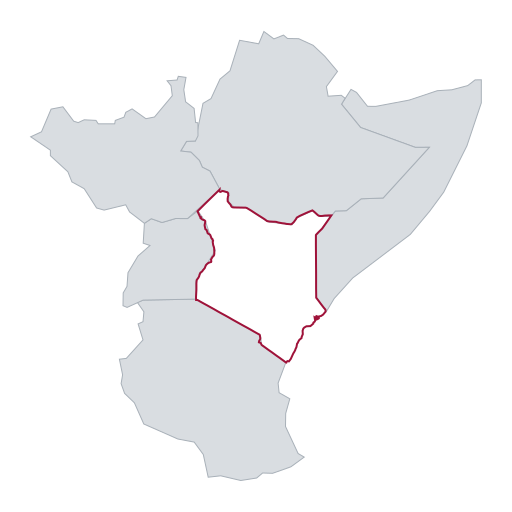 Kenya highlighted, orthographic projection
{"feature_id": "KEN", "entity_name": "Kenya", "entity_type": "country or territory", "adm_level": 0, "iso_a3": "KEN", "parent_name": "Africa", "parent_adm1": "", "projection": "orthographic", "projection_center": [37.674, 0.4], "detail": "fine", "context": "with_neighbors", "style": "outline", "palette": "rose", "viewbox_px": 512, "rotation_deg": 0, "n_neighbors": 5, "source": "natural_earth", "source_scale": "50m", "svg_char_len": 5252}
<svg xmlns="http://www.w3.org/2000/svg" viewBox="0 0 512 512"><path d="M196.1,299.1L260.5,335.5L261.6,345.4L285.9,362.3L278.1,383.1L279.1,392.7L289.8,398.8L285.7,413.4L285.5,426.5L298.1,453.5L304.2,457.1L290.9,466.8L272.6,473.3L262.6,473.0L256.7,478.0L240.8,480.5L220.7,475.8L208.2,477.2L203.3,454.5L194.2,442.1L177.8,439.0L143.8,424.0L134.4,402.8L124.6,393.4L121.1,383.6L122.6,374.8L119.4,359.2L126.3,358.4L143.0,339.9L138.1,323.9L143.0,321.7L143.9,311.8L137.2,302.2L143.1,300.1L196.1,299.1Z" fill="#d9dde1" stroke="#a8b0b8" stroke-width="1"/><path d="M316.4,297.5L316.1,235.6L335.4,211.0L346.3,210.7L361.2,198.8L383.1,198.0L429.3,147.3L415.4,147.4L360.6,127.5L341.5,104.2L351.0,89.4L356.5,92.4L367.5,106.3L375.7,106.4L409.1,100.1L437.3,90.7L451.8,89.8L467.7,85.6L475.1,79.9L481.3,79.8L481.3,102.9L466.9,145.9L443.7,192.2L429.7,211.2L410.3,234.4L352.7,278.0L334.2,298.5L326.4,311.5L316.4,297.5Z" fill="#d9dde1" stroke="#a8b0b8" stroke-width="1"/><path d="M429.3,147.3L383.1,198.0L361.2,198.8L346.3,210.7L335.4,211.0L330.9,216.4L319.3,216.4L312.5,210.7L297.0,217.8L292.0,224.8L267.6,221.8L246.2,207.4L234.4,207.4L228.6,201.9L228.7,192.4L219.9,189.5L210.0,171.1L202.3,167.2L199.4,160.5L191.0,152.2L180.7,151.0L186.5,141.4L195.4,141.0L203.0,103.3L211.0,98.6L220.0,79.1L230.0,70.8L239.6,40.3L258.7,43.8L263.9,31.5L273.9,38.9L283.5,35.1L287.5,38.5L298.7,38.7L313.1,45.3L324.8,56.3L337.5,71.4L326.4,86.6L328.1,96.2L341.3,95.3L345.1,98.3L341.5,104.2L360.6,127.5L415.4,147.4L429.3,147.3Z" fill="#d9dde1" stroke="#a8b0b8" stroke-width="1"/><path d="M196.1,299.1L143.1,300.1L127.1,307.4L123.0,305.7L123.2,292.9L127.0,286.4L128.0,272.7L138.0,256.0L150.0,245.5L143.2,243.2L144.4,223.3L151.3,218.7L162.0,222.5L175.6,218.5L187.5,218.6L197.9,210.8L205.9,222.6L215.3,250.6L195.9,281.1L196.1,299.1Z" fill="#d9dde1" stroke="#a8b0b8" stroke-width="1"/><path d="M144.4,223.3L129.6,212.0L125.7,204.8L104.1,210.1L96.6,208.0L84.2,188.7L71.9,181.9L67.9,171.8L50.4,155.7L50.4,150.2L30.7,136.8L41.5,131.8L51.1,109.1L62.9,106.8L73.7,121.2L78.2,122.6L84.2,119.8L96.0,120.4L98.2,123.8L114.7,123.8L115.3,120.4L124.0,117.2L125.8,112.3L132.1,108.9L145.9,118.7L154.5,117.0L172.3,95.7L171.0,85.7L167.1,80.8L177.1,80.0L178.3,76.3L186.0,77.4L183.8,89.7L185.6,101.8L194.1,108.4L195.6,122.5L197.9,122.8L198.0,135.9L195.4,141.0L186.5,141.4L180.7,151.0L191.0,152.2L199.4,160.5L202.3,167.2L210.0,171.1L219.9,189.5L187.5,218.6L175.6,218.5L162.0,222.5L151.3,218.7L144.4,223.3Z" fill="#d9dde1" stroke="#a8b0b8" stroke-width="1"/><path d="M196.1,300.0L196.0,297.1L196.4,289.7L196.4,283.2L196.7,280.0L198.3,277.9L199.1,276.4L199.6,274.4L200.4,272.7L202.3,271.3L202.7,270.5L204.7,268.2L205.9,265.2L206.8,264.2L207.9,263.3L208.7,262.8L210.0,262.3L211.1,262.0L211.2,261.8L211.3,261.3L211.0,259.5L211.4,258.9L212.1,257.6L212.9,256.5L213.7,255.8L214.1,255.0L214.3,253.7L214.3,252.8L214.3,251.3L214.1,247.9L213.2,245.1L212.7,241.9L213.1,240.8L212.4,239.0L212.1,238.9L211.6,238.4L210.9,236.7L210.3,235.1L210.0,234.7L207.7,233.3L206.6,230.0L205.4,229.2L204.7,225.9L204.6,225.0L205.3,221.7L205.2,221.0L204.5,220.3L202.3,219.5L200.6,218.2L200.8,217.7L201.0,217.2L200.1,216.9L197.5,211.3L200.9,207.9L204.3,204.5L208.7,200.2L212.8,196.2L216.3,192.8L219.4,189.8L219.3,190.3L219.3,191.1L219.7,191.6L220.3,191.9L221.2,191.6L222.0,191.1L222.8,191.0L227.4,192.3L228.2,193.4L228.2,194.6L228.4,195.4L228.0,196.3L227.6,198.9L227.7,201.3L229.1,203.1L230.4,204.5L231.4,206.5L232.1,207.1L233.1,207.4L236.3,207.5L241.1,207.6L245.7,207.7L246.1,207.8L247.0,208.1L251.3,210.7L255.1,213.2L258.4,215.3L261.6,217.3L264.7,219.3L267.0,221.0L269.4,221.5L273.2,221.7L275.9,221.8L278.3,222.5L282.0,223.2L284.7,223.5L286.4,223.9L290.9,224.3L291.7,224.0L293.7,222.2L295.9,219.2L296.8,217.6L299.7,215.9L304.8,213.6L308.4,212.0L312.4,210.4L314.2,211.8L316.7,214.1L317.9,215.2L318.8,215.7L320.1,216.0L321.8,216.0L322.7,215.9L324.5,215.6L328.9,215.4L331.3,215.4L329.3,218.4L326.8,222.0L322.2,228.6L318.7,232.0L316.1,234.7L315.9,235.1L315.9,238.1L315.9,245.2L316.0,259.5L316.1,273.8L316.1,288.2L316.2,295.3L316.2,297.7L318.5,300.7L320.7,303.7L323.7,307.6L325.4,309.6L325.6,310.3L325.5,311.7L323.1,314.6L321.0,316.0L318.3,316.6L317.5,316.5L316.4,316.1L316.0,316.8L315.7,317.9L315.1,317.6L314.6,317.3L314.9,319.2L315.2,320.2L314.8,321.5L313.4,322.6L313.3,323.6L310.4,326.1L306.4,326.3L304.2,327.6L303.3,328.6L302.6,330.8L302.8,334.2L301.7,336.8L301.5,338.1L299.4,339.8L298.4,341.4L297.7,343.0L297.1,343.6L296.4,347.2L295.4,349.3L295.2,350.1L294.9,350.7L294.2,352.0L293.7,352.8L293.3,353.4L290.8,358.9L288.9,361.4L287.4,361.1L286.4,362.1L286.3,362.5L285.7,362.3L284.5,361.4L281.9,359.5L279.3,357.6L276.7,355.8L274.1,353.9L271.5,352.0L268.9,350.2L266.3,348.3L263.7,346.4L262.1,345.3L261.5,344.7L260.9,343.4L260.7,343.0L260.0,342.6L259.2,342.5L258.9,342.3L259.0,341.7L259.2,340.8L260.2,339.1L260.3,338.1L260.1,336.9L259.8,335.1L259.5,334.6L257.8,333.7L254.2,331.7L250.6,329.6L247.0,327.6L243.3,325.6L239.7,323.6L236.1,321.6L232.5,319.6L228.9,317.5L225.3,315.5L221.6,313.5L218.0,311.5L214.4,309.4L210.8,307.4L207.2,305.4L203.5,303.4L199.9,301.4L198.6,300.6L197.3,300.0L196.1,300.0ZM316.4,319.6L315.8,319.7L316.1,318.8L317.9,317.5L318.7,317.8L318.9,318.1L318.8,318.3L318.5,318.6L316.4,319.6Z" fill="none" stroke="#9f1239" stroke-width="2"/></svg>